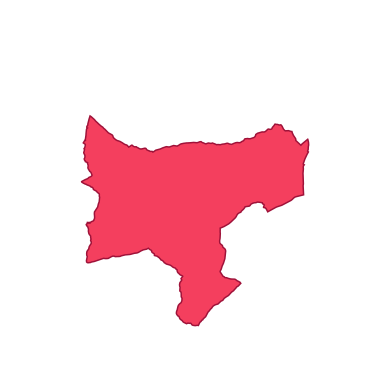 Talea, Prahova, Romania, rotated 329°
{"feature_id": "2599482B77158206199320", "entity_name": "Talea", "entity_type": "district", "adm_level": 2, "iso_a3": "ROU", "parent_name": "Romania", "parent_adm1": "Prahova", "projection": "natural_earth1", "projection_center": [25.556, 45.224], "detail": "fine", "context": "isolated", "style": "filled", "palette": "rose", "viewbox_px": 384, "rotation_deg": 329, "n_neighbors": 0, "source": "geoboundaries", "source_scale": "gbopen_adm2", "svg_char_len": 6053}
<svg xmlns="http://www.w3.org/2000/svg" viewBox="0 0 384 384"><g transform="rotate(329 192 192)"><path d="M286.2,251.9L290.5,243.8L291.6,242.5L296.8,233.1L299.4,229.5L299.9,228.4L300.9,227.0L302.2,226.5L301.7,225.7L302.0,225.0L305.7,221.9L310.0,219.0L312.4,217.6L312.1,216.5L313.4,215.5L315.0,213.1L316.2,211.8L317.5,209.3L318.4,206.5L318.4,206.4L311.1,207.5L309.4,208.0L307.5,201.3L308.0,200.5L308.3,199.6L308.1,195.7L308.4,193.1L308.8,191.6L308.1,191.1L306.3,189.1L303.4,187.6L303.1,186.8L302.8,185.1L303.1,181.9L302.8,180.2L301.2,179.5L300.2,178.2L298.9,177.3L298.2,176.6L297.8,176.6L296.8,177.2L294.0,178.1L293.3,178.8L292.6,179.0L291.7,178.8L290.6,178.1L290.2,177.6L289.7,177.3L289.2,177.3L286.3,177.9L285.3,177.9L284.2,177.4L283.0,176.6L278.5,175.4L276.6,175.5L276.2,175.6L275.8,176.1L274.6,177.0L273.1,177.2L269.6,176.4L268.2,175.7L267.4,174.9L264.8,173.7L264.2,173.8L263.3,174.3L262.6,174.6L261.0,174.4L259.1,174.5L258.0,174.2L256.2,172.8L254.9,172.3L253.0,171.9L250.5,171.6L248.8,170.1L247.8,168.7L247.0,168.2L244.8,167.6L242.6,166.6L240.5,166.0L238.9,164.8L237.3,164.0L236.4,162.6L234.7,160.5L233.4,160.2L231.2,158.4L228.9,157.9L228.3,157.6L227.1,155.8L226.3,155.0L225.7,153.5L224.7,153.0L222.1,152.5L221.3,152.1L219.0,150.4L214.6,148.3L212.7,147.2L209.7,145.9L207.3,145.1L206.2,145.0L204.9,145.1L202.9,145.0L200.2,142.7L195.6,141.7L193.3,139.9L189.7,139.1L187.0,138.8L182.5,137.5L179.9,137.7L179.0,137.6L178.8,136.7L177.0,135.6L176.7,134.9L175.9,134.0L175.2,132.9L174.9,132.2L175.0,131.2L174.8,130.7L174.0,130.1L170.9,129.1L169.8,128.4L168.9,127.2L168.4,126.1L167.8,125.4L167.5,124.5L166.2,123.8L165.7,123.3L165.2,122.5L165.0,121.4L164.7,121.0L164.2,120.7L162.7,120.9L160.9,120.9L160.5,118.6L159.9,117.7L158.9,116.6L157.4,113.5L156.2,111.4L154.2,109.1L153.4,107.5L152.7,105.2L152.7,104.5L153.1,102.7L152.9,101.8L150.8,98.3L149.6,93.2L149.1,92.0L148.9,90.5L148.1,88.8L147.1,85.8L146.7,84.2L145.9,81.5L145.7,79.8L144.4,75.6L143.8,74.3L141.3,76.5L137.9,79.9L137.1,81.0L136.3,81.3L135.3,82.0L135.1,82.4L135.1,83.0L135.3,83.3L134.4,83.5L133.7,84.1L131.4,87.2L130.3,88.8L127.6,92.1L127.4,92.1L127.2,92.9L126.9,92.9L126.8,92.6L126.4,92.7L124.1,93.9L125.0,96.1L124.9,96.6L123.5,98.2L122.6,98.9L121.8,99.2L121.7,99.6L121.9,100.0L120.6,101.5L119.6,102.3L119.3,103.0L119.1,105.2L118.7,106.2L117.7,107.5L116.7,108.0L116.4,108.9L116.3,109.4L116.6,110.3L116.3,110.7L116.2,111.0L117.6,113.0L117.3,113.2L117.2,113.5L116.8,115.4L116.3,116.3L115.5,117.3L115.2,117.7L115.0,118.8L115.0,121.6L115.5,123.1L115.0,126.1L114.2,126.6L113.2,126.7L111.2,126.4L109.5,126.8L106.9,126.4L102.8,126.2L102.6,126.8L103.1,127.7L103.4,128.5L104.1,129.4L104.5,130.2L105.2,130.8L105.7,131.9L106.9,133.3L107.8,134.7L108.1,135.9L108.8,136.4L109.0,136.9L109.2,138.1L108.8,139.1L110.5,142.1L110.7,143.7L111.5,145.5L111.4,146.2L110.3,148.0L110.2,148.8L107.4,152.6L105.6,154.0L103.4,156.3L98.1,158.9L97.0,160.5L96.1,162.4L95.2,164.0L94.2,165.0L93.6,165.3L93.1,165.8L92.0,165.9L90.4,165.6L89.3,165.8L88.8,165.5L88.6,166.0L88.1,165.7L88.4,166.0L87.8,165.8L87.6,165.1L87.3,164.5L86.6,164.2L86.5,164.4L86.6,164.9L86.4,165.2L85.2,165.1L84.5,165.5L84.4,166.7L84.6,167.1L84.5,167.7L84.7,168.1L84.7,168.5L84.5,168.9L84.5,169.6L84.3,169.8L84.3,170.2L83.5,171.6L83.1,172.0L82.3,174.1L82.1,175.7L82.4,176.8L82.4,177.5L81.7,178.8L81.1,180.5L80.5,180.9L80.0,181.6L80.0,182.8L79.8,183.1L79.1,184.2L75.9,185.8L74.0,187.7L72.2,188.4L71.1,189.1L70.0,190.5L69.2,192.0L69.0,193.4L66.2,196.4L65.6,197.7L65.8,198.5L66.4,199.1L68.8,200.2L69.7,200.2L72.4,201.2L82.0,203.3L83.5,204.5L85.3,205.5L86.1,205.8L89.4,205.9L90.8,206.1L91.5,206.4L92.6,207.3L92.8,207.8L97.0,210.1L98.9,210.4L102.4,211.5L106.7,213.6L111.2,214.9L113.4,215.9L115.0,216.2L117.9,216.2L119.5,216.4L120.5,216.5L123.6,217.6L125.6,217.7L126.2,219.5L126.9,220.7L127.1,221.3L127.1,221.7L126.7,222.3L126.7,223.0L126.8,223.5L127.8,225.5L127.7,226.1L127.2,226.7L127.1,227.1L128.9,228.9L129.5,229.8L129.5,230.6L130.1,231.2L130.1,232.2L130.4,233.1L130.4,234.2L131.3,235.4L131.8,237.0L131.8,238.3L132.4,239.3L132.9,240.5L135.5,243.3L136.3,244.7L136.8,246.3L137.3,247.2L138.6,248.8L138.6,250.1L139.1,250.9L138.4,252.8L138.4,254.1L138.8,255.0L138.9,255.9L139.3,257.1L140.6,259.0L140.7,259.3L140.6,259.5L140.1,259.8L138.3,260.4L137.9,260.7L138.0,261.9L137.6,262.4L135.1,263.4L133.9,264.6L133.5,265.2L133.0,266.2L132.7,267.5L130.8,270.2L130.6,270.8L131.0,272.0L130.7,273.0L128.8,276.3L128.7,278.0L127.4,279.9L125.8,281.2L123.7,281.5L122.0,282.1L120.8,283.1L118.6,285.4L117.4,286.3L116.6,287.2L116.0,288.2L115.9,289.0L116.0,290.8L116.6,291.7L116.7,292.2L116.4,293.7L116.4,295.1L117.3,297.1L117.5,298.8L117.8,299.5L119.5,302.1L121.0,302.3L122.4,303.4L123.3,303.8L123.5,304.4L123.5,305.5L123.7,306.1L124.2,306.8L125.9,308.2L127.9,309.0L128.7,309.7L131.6,307.8L133.1,307.6L134.2,307.0L135.4,307.1L136.4,306.5L139.5,305.9L143.9,303.2L145.8,302.7L147.5,301.9L148.7,301.8L150.2,301.1L151.3,300.7L152.6,300.6L154.1,300.7L156.6,301.4L160.5,300.5L162.6,300.7L164.9,299.7L167.5,299.5L170.0,299.5L174.3,298.2L176.9,298.0L178.1,297.5L179.8,297.1L181.3,296.4L183.3,296.4L186.8,295.4L186.6,294.0L186.4,294.0L186.0,292.8L185.1,291.6L184.2,289.3L183.7,288.7L180.5,286.6L178.6,284.7L177.5,283.3L176.1,282.3L175.9,281.2L175.2,280.2L175.0,274.9L175.2,274.5L177.4,273.1L179.7,271.0L182.2,269.3L185.8,266.1L190.5,259.9L190.9,258.6L190.9,257.9L190.7,257.0L190.1,255.5L190.2,254.6L190.5,253.4L189.8,251.5L189.6,250.6L189.6,249.9L190.5,248.1L192.2,246.1L194.9,242.1L195.5,240.8L197.4,237.8L197.5,237.5L201.7,238.1L207.1,238.2L209.8,237.8L215.6,236.5L217.1,235.9L219.0,234.7L220.1,234.3L222.1,234.2L223.3,234.5L224.6,233.8L227.2,233.3L229.2,232.5L229.9,232.0L233.8,233.6L234.8,233.5L236.2,232.8L238.1,232.9L239.8,233.3L241.3,234.1L242.8,234.3L244.1,235.2L246.7,237.4L246.5,238.0L246.5,238.5L246.7,239.0L247.2,239.6L247.2,240.1L246.8,240.8L245.8,241.5L245.4,242.0L245.5,242.3L246.5,243.2L246.8,243.9L246.9,245.0L246.7,248.0L255.5,248.3L256.8,248.4L262.1,249.6L272.4,250.2L274.2,250.0L276.0,249.5L278.0,249.4L286.2,251.9Z" fill="#f43f5e" stroke="#9f1239" stroke-width="1.5"/></g></svg>